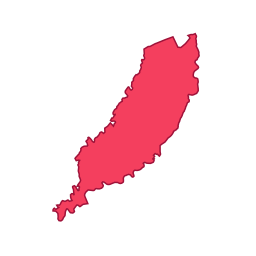 9 de julio, San Juan, Argentina, rotated 43°
{"feature_id": "61730980B85841660882492", "entity_name": "9 de julio", "entity_type": "district", "adm_level": 2, "iso_a3": "ARG", "parent_name": "Argentina", "parent_adm1": "San Juan", "projection": "albers", "projection_center": [-68.388, -31.661], "detail": "fine", "context": "isolated", "style": "filled", "palette": "rose", "viewbox_px": 256, "rotation_deg": 43, "n_neighbors": 0, "source": "geoboundaries", "source_scale": "gbopen_adm2", "svg_char_len": 5937}
<svg xmlns="http://www.w3.org/2000/svg" viewBox="0 0 256 256"><g transform="rotate(43 128 128)"><path d="M162.4,157.4L161.7,156.1L161.6,155.2L161.6,154.6L161.9,154.1L162.7,153.6L163.8,152.6L164.3,151.9L165.1,150.6L165.6,148.3L165.5,147.8L165.5,146.8L165.9,146.1L166.0,145.6L165.8,145.0L165.5,144.6L164.6,144.0L163.9,143.4L163.3,143.5L163.1,143.1L163.2,142.6L163.5,142.0L163.8,141.6L165.4,141.1L166.4,140.4L168.5,138.6L169.0,137.7L169.8,135.9L169.7,135.3L169.3,134.1L168.8,133.6L167.3,133.7L167.3,133.3L168.1,133.2L168.2,132.6L167.1,132.6L166.8,130.6L165.2,130.5L165.3,128.2L166.5,127.9L166.9,127.7L167.2,127.4L167.4,127.1L170.1,127.2L170.1,126.8L169.8,125.3L169.5,124.8L168.9,124.4L167.5,123.3L163.4,118.9L163.7,116.8L164.6,113.1L164.5,111.8L164.4,110.6L164.1,108.0L164.6,105.5L164.7,103.9L164.5,102.0L164.0,100.0L163.7,99.7L163.6,99.1L164.0,98.3L164.0,97.4L164.4,96.8L164.4,96.2L164.3,95.7L164.6,94.6L164.5,94.1L163.7,92.7L162.9,92.0L162.3,90.8L161.6,89.7L161.3,88.2L160.6,86.9L159.9,85.3L159.7,84.7L159.7,84.0L159.1,82.0L158.7,81.2L157.8,79.0L157.6,77.0L157.2,76.6L156.9,75.4L156.2,73.8L155.6,73.0L155.6,72.4L155.4,71.7L154.5,69.7L154.2,68.8L154.5,67.9L154.7,67.5L154.6,66.9L154.0,66.1L153.7,65.8L153.2,65.6L152.5,65.5L152.1,65.3L151.7,64.9L151.4,64.4L151.0,64.0L150.3,63.7L149.7,63.2L149.5,62.7L149.6,61.9L149.9,61.7L150.5,61.6L151.3,60.9L152.2,60.4L152.5,60.1L152.9,59.6L153.3,58.9L153.9,57.5L154.0,57.0L154.2,56.6L154.5,56.2L154.6,55.7L154.2,54.6L154.3,54.1L153.9,52.8L152.3,51.2L148.9,48.4L148.0,46.5L146.6,45.3L145.4,44.5L144.7,44.6L143.7,45.0L143.2,45.5L142.3,45.7L140.8,45.8L139.6,44.8L138.2,42.7L137.9,40.8L138.6,36.9L138.5,36.3L138.2,35.5L137.1,35.0L135.8,35.0L133.7,34.8L132.1,34.3L131.3,32.6L131.7,31.6L131.9,31.2L131.7,30.3L131.3,29.7L131.1,28.4L131.0,27.4L130.8,26.9L130.4,26.3L129.2,25.6L128.7,24.8L128.1,24.2L125.5,22.9L122.5,21.8L122.0,21.5L121.5,20.5L121.0,19.8L119.5,18.9L118.3,17.5L116.7,16.5L115.9,14.8L115.4,14.1L112.8,13.2L112.5,14.0L111.5,15.7L111.1,16.0L110.3,16.7L108.8,19.4L109.8,19.4L111.1,19.6L111.5,19.7L112.0,20.0L112.3,23.1L112.5,27.1L111.9,32.3L111.8,33.0L111.5,33.3L109.4,34.9L98.7,30.7L95.1,37.8L90.8,47.1L90.5,47.5L88.5,53.3L87.9,53.9L87.3,54.6L87.2,54.7L85.9,59.4L89.5,62.8L89.7,63.6L90.2,64.4L92.0,65.2L92.5,65.5L93.0,66.8L92.9,67.5L92.2,67.9L91.5,68.5L91.7,69.2L93.1,70.0L93.8,70.3L94.2,70.6L94.3,71.2L94.3,71.6L94.1,72.1L94.4,73.4L94.7,73.7L96.0,74.3L96.6,74.9L97.5,77.1L97.7,78.4L98.4,79.0L98.7,79.6L98.8,80.1L98.5,80.8L98.5,82.0L98.5,82.6L98.0,83.1L97.5,83.5L97.6,84.1L97.6,85.5L98.2,88.2L98.6,88.7L99.3,89.2L99.6,89.6L99.6,90.2L99.5,91.0L99.6,91.9L99.9,92.4L100.5,92.9L101.0,93.6L101.9,95.0L102.3,95.3L103.3,95.3L104.0,95.5L104.3,95.8L104.5,96.2L104.7,96.7L104.7,97.3L104.5,98.1L104.0,98.3L103.6,98.3L101.4,97.7L100.5,97.5L100.1,98.4L100.3,99.1L100.4,100.2L100.6,101.5L100.8,102.8L101.1,103.2L102.0,104.1L105.8,104.6L106.3,105.5L106.3,105.9L105.9,106.6L105.0,108.6L104.7,108.8L104.2,109.4L103.9,109.7L103.9,110.2L104.2,111.4L104.5,111.6L105.3,112.0L105.6,112.4L105.2,113.2L104.9,115.2L104.7,115.8L105.3,118.5L105.2,119.6L105.4,120.3L105.9,120.7L106.2,121.4L105.8,123.4L105.8,124.0L106.4,126.5L106.8,127.3L107.5,127.8L108.0,128.1L108.9,127.8L109.0,127.4L109.3,126.9L109.6,127.2L109.4,128.2L109.9,129.6L110.0,130.6L109.8,131.8L109.4,131.9L110.1,134.5L111.5,134.2L112.4,133.1L113.2,132.3L114.0,132.0L114.4,132.0L115.0,132.4L115.1,133.0L115.1,133.6L115.1,134.2L116.1,136.6L111.6,136.3L111.9,140.7L111.1,144.0L113.9,146.7L113.8,148.6L111.5,148.8L110.8,149.9L110.7,150.6L111.4,152.5L111.6,155.4L111.4,156.2L111.1,156.7L110.9,157.7L111.0,158.4L111.2,159.1L111.4,159.4L112.2,160.0L112.9,161.2L112.7,161.8L111.1,162.1L109.7,161.7L107.7,161.4L105.8,161.5L105.4,161.8L105.3,162.4L105.9,162.9L106.3,163.2L106.4,163.8L106.4,164.2L106.3,166.3L107.0,166.6L107.7,166.6L108.4,166.9L110.4,168.2L110.5,169.0L108.3,171.3L107.5,173.4L107.5,174.5L107.5,175.2L108.6,176.2L109.2,177.4L109.3,179.1L109.9,180.4L109.8,182.8L109.9,183.4L109.9,184.0L109.8,185.1L110.0,186.4L112.4,187.2L113.6,185.4L114.7,184.7L115.2,186.8L115.4,187.1L116.2,187.7L116.4,188.1L116.4,188.9L116.6,189.2L118.3,189.9L118.7,190.3L120.8,193.1L121.5,193.7L123.3,194.7L123.9,195.1L124.8,196.2L125.3,196.7L127.7,197.8L128.6,198.3L129.1,198.7L129.6,199.8L130.1,203.8L130.6,205.2L131.5,204.1L132.8,204.3L133.1,205.3L134.6,207.1L134.3,207.7L134.0,207.9L129.5,206.7L128.9,206.7L128.1,206.8L127.4,208.5L127.9,209.1L128.6,209.5L129.9,210.1L134.4,213.9L132.9,213.5L132.6,213.5L131.6,214.4L131.5,216.0L133.1,217.6L134.8,218.7L136.5,219.2L135.2,221.5L133.5,221.5L133.1,221.7L132.1,224.4L131.8,224.7L129.7,225.7L129.6,226.1L129.7,227.5L130.4,229.9L130.5,230.2L130.4,231.2L129.2,232.1L128.5,233.1L130.3,233.6L131.5,233.4L130.8,236.6L130.4,236.8L128.8,236.9L128.7,237.9L128.9,238.8L129.7,239.8L131.9,238.1L134.1,238.2L135.0,238.3L137.4,240.5L138.8,242.3L140.7,242.8L142.3,241.7L142.7,239.8L141.9,237.4L141.8,235.8L141.6,235.0L139.3,231.9L139.0,231.2L138.3,229.1L138.5,228.7L139.1,228.5L139.5,228.5L143.2,229.2L143.7,229.2L145.5,227.9L145.7,227.6L145.9,226.0L145.8,225.6L143.9,224.5L143.6,224.1L143.1,219.4L143.3,219.0L144.3,218.5L146.3,218.4L146.6,218.0L147.1,214.9L147.4,214.2L150.2,210.7L143.2,207.5L142.1,206.8L141.3,205.5L140.9,203.5L141.1,200.5L145.2,197.5L145.7,196.8L145.8,196.1L145.7,195.4L145.7,194.5L146.3,193.8L147.4,193.1L148.7,191.9L149.7,190.0L149.8,188.7L149.7,187.9L149.1,186.9L147.3,186.2L146.6,186.1L146.3,185.8L146.2,184.8L146.9,184.2L147.6,183.9L149.0,183.7L150.6,183.6L151.9,183.0L153.1,181.7L154.7,178.3L155.1,177.6L155.2,177.0L157.7,174.8L158.4,174.7L160.0,174.0L160.3,173.7L161.0,172.7L161.2,172.0L161.4,170.7L161.0,170.1L160.2,169.2L159.1,168.2L158.5,167.3L158.2,166.0L158.2,165.2L158.5,164.6L158.9,164.2L159.1,163.3L159.7,162.3L160.0,161.6L160.5,161.3L161.6,160.7L162.3,160.7L163.0,160.9L163.9,161.0L164.5,160.9L165.0,160.6L165.2,160.1L165.2,159.1L164.6,158.7L162.4,157.4Z" fill="#f43f5e" stroke="#9f1239" stroke-width="1.5"/></g></svg>